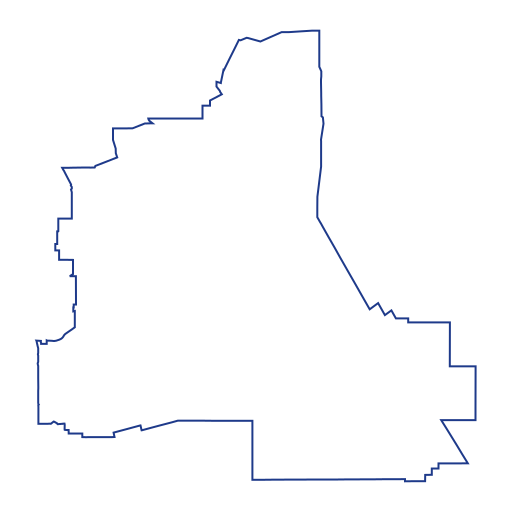 Merredin, Western Australia, Australia (Equal Earth projection)
{"feature_id": "25037944B40039133464345", "entity_name": "Merredin", "entity_type": "district", "adm_level": 2, "iso_a3": "AUS", "parent_name": "Australia", "parent_adm1": "Western Australia", "projection": "equal_earth", "projection_center": [118.19, -31.461], "detail": "fine", "context": "isolated", "style": "outline", "palette": "blue", "viewbox_px": 512, "rotation_deg": 0, "n_neighbors": 0, "source": "geoboundaries", "source_scale": "gbopen_adm2", "svg_char_len": 5256}
<svg xmlns="http://www.w3.org/2000/svg" viewBox="0 0 512 512"><path d="M252.4,479.8L261.8,479.8L262.0,479.8L271.4,479.7L290.4,479.6L299.9,479.6L319.1,479.5L328.7,479.5L338.1,479.5L347.4,479.4L356.8,479.4L366.1,479.3L375.7,479.3L385.2,479.2L399.3,479.2L403.6,479.1L405.0,479.1L405.0,481.3L413.5,481.2L425.1,481.2L425.2,474.9L431.8,474.8L431.8,468.5L438.5,468.5L438.5,465.9L438.5,464.3L438.5,463.6L438.5,463.4L440.1,463.4L441.8,463.4L446.5,463.4L454.5,463.4L457.6,463.4L460.2,463.4L465.2,463.3L467.8,463.3L462.2,454.2L456.9,445.4L446.6,428.7L441.2,420.1L458.8,420.1L475.5,420.1L475.5,407.3L475.6,366.3L459.2,366.3L449.8,366.3L449.9,322.4L448.1,322.4L442.5,322.4L431.7,322.4L408.2,322.4L408.2,318.4L395.9,318.4L391.4,310.4L384.9,315.1L378.1,303.1L369.7,309.3L363.8,299.0L355.0,283.5L347.6,270.6L340.3,257.8L334.6,247.6L328.8,237.5L323.1,227.4L322.6,226.5L322.0,225.4L320.9,223.4L320.2,222.3L317.3,217.2L317.3,216.7L317.3,214.7L317.3,207.2L317.4,196.7L321.1,166.6L321.1,163.0L321.1,159.2L321.1,157.2L321.1,141.2L321.0,139.7L323.5,123.7L322.9,117.4L321.5,116.3L321.4,104.1L321.2,95.8L321.2,93.2L321.0,82.4L321.0,79.5L321.3,76.4L321.3,71.3L320.0,68.3L319.3,66.8L319.3,61.4L319.3,56.5L319.3,30.7L316.9,30.7L312.2,30.7L311.5,30.7L301.7,31.3L289.4,32.1L281.7,32.1L260.4,41.5L247.9,38.0L246.6,37.8L240.6,40.3L238.9,39.9L235.1,47.6L229.4,59.0L223.9,70.2L223.5,69.9L220.8,82.9L220.8,83.0L216.5,81.8L216.5,86.6L219.8,90.8L220.2,92.0L221.8,94.3L210.0,100.5L210.0,105.7L202.5,105.7L202.5,118.5L184.9,118.5L174.7,118.5L169.2,118.5L154.6,118.5L148.8,118.5L148.5,118.5L148.3,118.5L148.5,119.3L148.8,119.9L149.1,120.5L149.6,121.0L152.5,123.3L152.3,123.3L144.8,123.5L132.6,128.3L125.2,128.4L113.0,128.4L113.0,139.9L115.7,148.6L115.8,153.2L117.2,157.4L106.0,161.8L95.4,165.9L94.7,167.5L89.8,167.6L89.6,167.5L85.6,167.5L72.3,167.7L68.3,167.8L62.2,167.8L63.4,170.0L64.1,171.0L64.6,172.1L68.4,179.4L71.1,184.5L70.8,185.5L71.8,187.0L71.8,188.6L71.0,189.5L71.8,192.2L71.8,193.1L71.8,193.3L71.8,194.3L71.8,195.0L71.8,197.0L71.8,199.0L71.8,201.3L71.8,205.1L71.8,209.5L71.8,212.2L71.8,215.1L71.8,217.2L71.8,218.6L71.4,218.6L71.1,218.6L70.6,218.6L69.7,218.6L67.8,218.6L66.8,218.6L65.7,218.6L63.5,218.6L60.7,218.6L58.3,218.6L58.3,220.4L58.3,223.2L58.3,225.8L58.3,227.7L58.3,228.7L58.3,230.3L58.3,231.3L58.2,231.4L57.2,231.4L57.2,244.0L56.2,244.0L55.3,244.0L55.3,250.4L59.1,250.4L59.1,259.8L66.0,259.8L73.0,259.9L73.0,274.1L70.0,276.0L69.9,276.1L69.7,276.2L75.9,276.2L76.0,304.5L73.7,304.5L73.7,307.4L73.3,307.4L73.3,311.4L74.8,311.0L74.8,318.7L74.8,327.3L74.5,327.5L71.9,329.4L69.4,331.1L67.1,332.7L65.8,333.6L65.5,333.8L65.3,334.0L65.0,334.2L64.8,334.4L64.6,334.7L64.4,334.9L64.2,335.1L64.0,335.3L63.9,335.6L63.8,335.8L63.6,336.0L63.3,336.6L63.0,337.0L62.8,337.3L62.5,337.6L62.3,337.8L62.1,338.0L61.8,338.3L61.5,338.5L61.3,338.7L61.0,338.8L60.7,339.0L60.4,339.2L60.1,339.3L59.8,339.4L59.5,339.6L56.5,340.6L55.8,340.8L55.5,340.8L55.1,340.9L54.8,340.9L54.4,341.0L54.1,341.0L53.7,341.0L51.9,340.8L49.8,340.7L48.8,340.7L47.7,340.6L47.1,340.6L46.9,340.5L46.7,340.4L46.7,343.9L41.1,343.9L41.1,342.8L40.8,342.3L40.9,340.9L36.4,340.6L36.5,340.8L36.6,341.3L36.7,341.8L36.8,342.3L36.9,342.9L37.0,343.2L37.1,343.7L37.2,344.2L37.4,344.8L37.5,345.6L37.8,346.7L38.0,347.5L38.2,348.2L38.2,348.5L38.2,348.8L38.2,349.3L38.2,350.1L38.2,350.8L38.2,351.8L38.2,352.4L38.2,352.7L38.2,352.9L38.2,353.1L38.1,353.3L38.1,353.5L38.0,353.9L37.9,354.1L37.9,354.3L38.0,354.9L38.1,355.2L38.2,355.4L38.2,355.7L38.2,356.6L38.2,358.5L38.2,360.2L38.2,361.0L38.2,361.5L38.2,361.9L38.1,362.1L38.0,362.4L37.9,362.9L37.8,363.1L37.7,363.2L37.7,363.3L37.7,363.5L37.7,363.8L37.8,364.2L37.9,364.7L38.0,365.3L38.2,365.8L38.2,366.0L38.2,366.4L38.2,368.1L38.2,378.1L38.3,386.6L38.3,388.5L38.2,390.7L38.2,390.8L38.2,396.1L38.2,401.7L38.2,402.9L38.3,403.3L38.3,403.6L38.4,404.0L38.5,404.3L38.7,404.6L38.4,404.8L38.3,405.0L38.3,405.3L38.4,406.9L38.4,409.0L38.4,410.4L38.4,412.0L38.4,413.6L38.4,417.4L38.4,419.3L38.4,419.7L38.4,423.8L40.3,423.8L40.5,423.8L40.9,423.8L41.6,423.8L43.8,423.8L47.4,423.8L49.5,423.7L49.8,423.7L50.4,423.7L50.6,423.8L50.8,423.8L51.0,423.7L51.3,423.5L51.5,423.3L51.7,423.1L51.9,423.0L52.3,422.6L52.6,422.4L52.9,422.2L53.0,422.1L53.2,421.9L53.3,421.8L53.7,421.5L53.8,421.5L54.1,421.7L54.3,421.8L54.7,422.0L54.8,422.0L55.0,422.2L55.2,422.3L55.4,422.4L55.6,422.5L55.8,422.6L56.0,422.7L56.2,422.9L56.5,423.0L57.0,423.4L57.2,423.5L57.3,423.5L57.5,423.8L57.5,424.0L57.8,424.2L58.0,424.1L58.4,424.1L58.5,424.1L58.8,424.1L59.3,424.0L59.7,424.0L60.0,424.0L60.4,424.0L60.6,424.0L60.9,423.9L61.2,423.9L61.4,423.9L61.9,423.9L62.1,423.9L62.5,423.8L62.8,423.8L62.9,423.7L63.1,423.7L63.4,423.7L63.5,423.7L63.8,423.6L64.3,423.6L64.5,423.6L64.6,424.2L64.7,424.8L64.7,425.0L64.7,425.3L64.6,428.8L64.6,429.1L64.6,429.3L64.7,429.6L64.7,429.8L64.9,429.9L65.0,429.9L66.4,430.0L68.6,430.0L68.7,433.5L82.3,433.5L82.3,437.1L86.3,437.2L89.4,437.1L91.1,437.1L96.8,437.1L103.0,437.1L109.0,437.1L112.4,437.1L114.5,437.0L113.8,433.7L113.6,432.6L127.1,429.0L140.4,425.4L140.5,425.4L141.6,430.3L141.8,430.3L150.7,427.9L159.7,425.5L171.6,422.4L177.7,420.7L195.2,420.7L204.8,420.7L214.3,420.8L223.8,420.8L233.2,420.8L242.9,420.8L252.4,420.8L252.4,435.6L252.4,460.2L252.4,465.3L252.4,479.8Z" fill="none" stroke="#1e3a8a" stroke-width="2"/></svg>